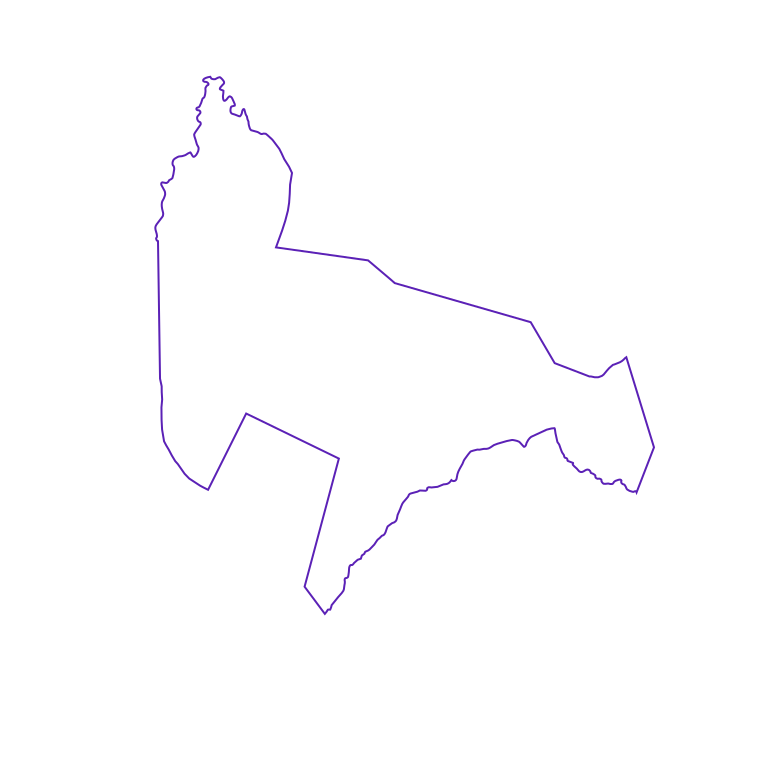 Chinacla, La Paz, Honduras (Natural Earth projection), rotated 19°
{"feature_id": "27666195B76416581203448", "entity_name": "Chinacla", "entity_type": "district", "adm_level": 2, "iso_a3": "HND", "parent_name": "Honduras", "parent_adm1": "La Paz", "projection": "natural_earth1", "projection_center": [-87.961, 14.181], "detail": "fine", "context": "isolated", "style": "outline", "palette": "violet", "viewbox_px": 768, "rotation_deg": 19, "n_neighbors": 0, "source": "geoboundaries", "source_scale": "gbopen_adm2", "svg_char_len": 6165}
<svg xmlns="http://www.w3.org/2000/svg" viewBox="0 0 768 768"><g transform="rotate(19 384 384)"><path d="M658.1,404.3L659.9,356.0L604.4,279.8L603.6,280.9L602.6,283.0L601.5,284.8L600.0,286.6L595.6,290.4L594.2,291.4L591.7,295.7L590.4,298.8L588.6,303.6L587.4,305.4L584.5,307.8L581.2,309.0L577.2,309.5L575.8,310.0L538.6,308.7L502.6,277.8L361.3,285.1L356.7,283.2L328.7,272.3L237.4,290.0L237.7,272.1L237.5,261.9L236.7,251.4L235.3,243.6L233.0,235.0L230.3,226.1L228.3,214.4L223.5,209.5L216.5,203.9L211.8,199.0L208.4,195.7L199.5,189.7L198.4,189.1L192.7,186.6L190.7,185.9L188.7,186.4L187.2,187.4L186.5,187.6L185.4,187.5L183.3,187.0L182.2,186.9L175.8,187.3L174.8,186.8L174.0,186.1L172.3,183.8L171.3,182.1L170.4,180.0L168.7,178.1L167.3,175.7L166.1,174.7L165.6,174.2L164.9,173.3L162.8,170.2L162.4,169.8L162.0,169.7L161.6,169.9L161.4,170.2L161.2,170.8L161.1,172.1L161.4,174.1L161.4,175.2L161.1,176.8L160.6,177.8L159.8,178.0L155.1,177.8L152.8,177.9L151.8,177.8L151.3,177.5L150.5,176.8L149.9,175.8L149.4,174.1L149.2,172.4L149.3,171.6L149.6,171.2L152.2,169.4L152.2,168.9L151.8,168.0L149.9,165.9L147.3,163.2L146.3,162.5L145.0,162.2L144.4,162.3L143.8,162.9L143.3,163.9L142.5,166.3L141.7,167.6L141.3,168.0L140.8,168.2L140.3,168.1L139.9,167.8L139.1,166.8L138.1,164.6L137.8,163.3L137.3,160.9L136.7,159.0L136.3,158.9L133.4,158.8L133.0,158.7L132.7,158.4L132.6,157.7L132.7,156.9L133.7,154.4L134.7,152.3L134.8,151.5L134.5,150.7L134.1,150.1L132.9,149.2L131.2,148.2L129.4,147.4L128.6,147.5L127.1,148.6L125.2,150.7L124.5,151.0L123.2,151.4L122.1,151.5L121.3,151.4L119.7,150.1L117.6,151.3L116.0,152.5L114.7,153.8L114.1,155.0L114.1,155.5L114.2,155.9L114.7,156.5L115.9,156.7L117.3,156.3L118.5,156.3L119.7,156.8L120.2,157.2L120.4,157.6L120.5,158.1L120.3,158.6L119.5,159.4L119.2,160.2L118.8,162.0L119.0,163.0L119.9,165.2L120.5,167.9L120.7,169.5L120.7,171.1L120.5,171.8L119.7,172.9L119.5,173.6L119.6,177.7L119.2,181.6L118.7,182.6L117.7,183.3L117.2,183.8L117.0,184.3L117.0,184.8L117.3,185.4L118.0,185.8L118.7,185.8L119.9,185.5L120.8,185.7L121.5,186.1L122.0,186.9L122.1,187.7L120.5,191.8L120.5,192.6L120.7,193.4L121.4,194.7L122.6,195.8L123.5,196.2L124.6,196.2L125.3,196.5L125.8,197.1L126.1,198.0L126.1,198.5L125.7,200.0L123.6,207.5L123.3,209.1L123.3,210.0L123.7,210.8L124.3,211.8L126.3,214.4L128.8,218.0L129.6,218.9L130.9,220.0L131.7,220.9L132.2,222.2L132.5,224.2L132.3,226.5L131.9,228.4L131.2,230.0L130.5,230.9L129.9,231.2L129.4,231.1L128.6,230.6L125.8,228.2L125.4,228.1L123.7,229.7L121.8,232.1L121.0,232.8L118.9,234.3L116.1,235.6L115.0,236.5L113.0,238.8L112.2,240.1L111.9,241.1L111.9,242.9L112.1,243.9L112.5,245.0L113.2,245.9L114.2,246.5L114.5,246.8L115.2,247.9L115.7,249.2L116.6,254.4L116.9,258.1L116.7,258.6L116.2,259.4L114.5,261.3L114.2,263.0L113.7,263.8L113.2,264.5L112.7,264.8L112.0,265.0L108.8,265.5L108.2,266.1L108.1,266.9L108.3,267.6L108.8,268.4L113.7,272.9L114.4,273.8L114.9,274.8L115.4,276.2L115.5,277.8L115.4,280.3L114.9,283.3L114.9,284.5L115.2,285.9L115.5,287.0L116.2,288.7L117.3,290.8L119.3,293.9L119.8,294.9L120.1,296.2L120.2,297.2L119.9,298.4L117.0,307.2L116.7,309.0L116.8,310.3L117.2,311.4L117.8,312.6L120.3,316.2L121.2,318.0L121.4,318.9L121.1,320.4L121.4,321.1L122.4,322.2L123.0,322.4L123.8,322.5L170.5,451.9L174.5,458.5L176.5,464.1L179.3,470.9L181.2,478.6L185.4,490.4L189.0,499.3L194.7,509.8L198.0,512.9L201.8,516.1L206.7,520.7L211.7,524.9L215.1,526.8L224.7,533.8L230.6,536.8L235.7,538.1L243.2,540.0L246.9,540.6L252.1,541.3L263.3,456.8L365.6,469.2L374.9,601.5L402.9,620.6L403.8,618.2L404.4,615.7L404.7,615.5L406.6,614.8L406.7,612.4L406.5,610.1L410.1,600.2L412.1,595.4L412.9,592.7L412.9,591.1L412.1,587.2L411.8,585.2L411.4,583.8L410.6,582.2L410.4,581.2L410.5,580.7L410.7,580.2L411.0,580.0L411.7,579.6L412.3,579.1L412.7,578.5L412.8,577.9L412.6,576.4L412.0,573.3L410.9,569.2L410.8,568.0L410.9,567.1L411.1,566.5L411.5,566.0L411.9,565.8L412.7,565.6L413.3,564.9L413.6,564.2L413.9,563.1L416.3,558.8L419.0,556.7L418.9,553.4L420.7,550.9L420.7,549.8L420.9,548.7L423.3,546.5L424.2,545.2L427.1,539.0L428.0,535.5L428.6,533.4L430.0,531.1L431.3,528.4L431.7,527.9L432.7,527.1L433.3,526.0L433.7,523.9L433.7,519.6L433.8,517.6L434.0,517.2L436.9,513.0L438.8,511.4L439.3,510.6L439.8,509.7L440.0,508.7L440.0,507.0L439.5,503.4L440.0,497.2L440.1,494.0L440.3,491.3L440.7,489.7L443.3,483.1L443.5,482.2L443.6,480.8L443.8,480.2L444.2,479.5L444.8,478.9L450.7,474.9L452.6,473.0L458.1,471.4L458.8,470.7L459.1,470.0L459.1,469.5L458.8,468.7L458.9,468.1L459.3,467.6L459.8,467.1L460.9,466.7L462.5,466.4L468.1,463.8L473.0,459.5L475.0,458.6L476.3,457.8L477.2,456.9L477.9,455.9L478.5,454.5L479.0,452.9L480.0,453.3L481.2,453.2L482.1,452.8L482.9,452.1L483.3,451.3L483.5,450.2L482.8,445.4L482.8,442.6L483.2,439.4L484.2,433.9L484.4,430.4L484.7,429.0L486.5,423.2L487.6,420.2L488.1,419.4L490.0,418.0L493.5,415.7L495.9,414.9L499.4,412.9L501.9,412.0L503.0,411.4L503.9,410.8L505.3,409.3L507.8,406.0L510.8,403.5L518.6,398.0L523.0,395.4L524.1,395.0L526.1,394.7L528.3,394.5L530.4,394.6L531.3,394.9L536.5,397.7L536.8,397.8L537.2,397.6L537.7,397.0L538.0,396.2L538.1,395.4L538.0,393.3L538.6,389.9L539.4,387.7L540.4,386.0L552.7,374.2L556.7,371.6L559.5,370.3L559.8,370.4L560.3,371.1L562.2,374.8L566.6,382.0L567.2,382.7L568.6,383.6L569.6,384.5L572.1,387.7L574.0,390.0L574.9,390.9L577.2,392.6L578.1,394.0L578.6,394.5L579.2,394.8L580.4,394.7L581.2,394.9L581.9,395.5L582.4,396.6L582.9,396.9L588.4,397.1L588.6,397.4L588.6,398.4L588.9,398.9L590.7,399.9L593.8,401.2L596.0,402.5L597.0,403.0L598.4,403.2L599.8,402.8L601.1,401.7L602.4,400.1L603.3,399.2L604.4,398.6L605.6,398.5L606.3,398.7L607.2,399.2L607.7,399.6L608.2,400.4L608.5,400.7L610.8,400.8L612.5,401.2L613.3,401.5L613.7,401.9L614.0,402.8L614.3,403.3L614.8,403.7L615.6,404.0L616.7,404.1L618.1,403.5L618.8,403.3L620.3,403.5L620.8,403.9L621.3,405.1L622.0,405.8L623.3,406.6L624.2,406.8L625.9,406.3L628.4,405.1L630.4,404.9L632.2,404.3L632.9,403.6L633.4,401.6L634.3,400.3L636.8,398.3L638.1,397.6L638.8,397.5L639.4,397.6L639.9,398.0L640.0,398.3L640.1,399.4L640.8,400.3L641.6,400.7L642.3,400.9L643.8,400.9L644.4,401.1L646.0,402.4L647.4,404.0L648.4,404.6L651.0,405.1L653.9,405.0L654.9,404.8L656.2,403.7L657.0,403.4L657.6,403.7L658.1,404.3Z" fill="none" stroke="#5b21b6" stroke-width="2"/></g></svg>